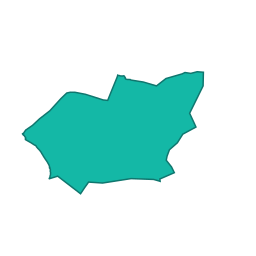 Naranbulag, Uvs, Mongolia (Natural Earth projection), rotated 237°
{"feature_id": "93677404B35276853556349", "entity_name": "Naranbulag", "entity_type": "district", "adm_level": 2, "iso_a3": "MNG", "parent_name": "Mongolia", "parent_adm1": "Uvs", "projection": "natural_earth1", "projection_center": [92.704, 49.464], "detail": "fine", "context": "isolated", "style": "filled", "palette": "teal", "viewbox_px": 256, "rotation_deg": 237, "n_neighbors": 0, "source": "geoboundaries", "source_scale": "gbopen_adm2", "svg_char_len": 2244}
<svg xmlns="http://www.w3.org/2000/svg" viewBox="0 0 256 256"><g transform="rotate(237 128 128)"><path d="M128.3,34.4L125.9,42.8L98.7,52.4L101.5,58.9L104.1,65.5L95.7,76.7L83.9,103.0L70.9,121.5L66.4,125.4L65.8,125.9L67.9,126.9L65.3,142.5L71.6,143.3L80.1,142.5L83.1,145.4L87.2,150.9L88.7,161.3L93.0,170.6L91.8,185.5L97.0,186.3L106.8,187.7L122.4,213.9L133.7,221.6L137.5,216.7L139.6,210.4L143.5,206.0L143.9,202.9L148.8,186.8L147.8,174.8L158.2,165.9L166.5,156.7L167.1,156.4L167.3,156.3L167.5,156.2L167.8,155.7L168.4,154.9L168.9,154.1L169.5,153.4L169.8,153.2L170.5,152.7L170.9,152.7L171.1,152.7L171.2,152.8L171.3,152.9L171.5,153.1L171.9,153.1L172.0,153.0L172.3,153.0L172.5,153.0L172.8,153.1L173.0,153.2L173.4,153.2L173.5,153.1L173.9,153.0L174.0,152.9L174.2,152.7L174.3,152.4L174.4,152.2L174.7,151.5L174.9,151.3L175.6,150.2L176.9,149.1L177.2,148.7L177.5,148.4L177.9,148.2L176.5,146.5L167.4,133.4L162.2,126.0L165.0,122.5L179.5,110.6L186.8,103.0L189.4,99.1L190.7,95.7L189.2,87.8L185.0,71.8L183.9,58.9L182.2,49.3L182.0,41.1L181.1,38.9L180.4,37.4L180.5,37.2L180.6,36.9L180.5,36.7L180.6,36.4L180.4,36.3L180.2,36.4L180.1,36.5L180.0,36.4L179.9,36.4L179.6,36.4L179.4,36.4L179.2,36.4L179.2,36.5L178.9,36.7L178.8,36.8L178.6,36.8L177.4,36.8L175.5,36.8L175.1,36.6L174.8,36.4L174.9,36.2L174.7,36.0L174.7,35.9L174.1,35.7L172.7,36.4L170.2,37.7L168.3,38.7L166.4,39.5L165.8,39.8L165.3,40.0L164.7,40.3L164.2,40.6L163.7,41.0L162.6,41.1L162.0,41.0L161.4,41.1L160.6,41.2L160.2,41.2L158.9,41.5L158.2,41.6L157.4,41.8L156.7,41.8L155.8,41.9L155.1,41.9L154.5,41.9L153.7,41.8L153.1,41.8L151.1,41.8L150.6,41.7L149.9,41.7L149.0,41.7L148.4,41.7L148.0,41.8L147.5,41.7L146.6,41.7L144.7,41.8L143.4,41.8L143.0,41.8L142.6,41.7L142.2,41.7L141.7,41.7L141.4,41.7L140.9,41.6L140.4,41.6L139.8,41.5L139.2,41.4L138.9,41.3L138.6,41.2L138.4,41.1L138.1,41.0L138.0,40.9L137.8,40.7L137.3,40.5L137.1,40.4L137.0,40.5L136.9,40.7L136.7,40.6L136.3,40.5L135.8,40.3L135.5,40.2L135.3,40.2L135.2,40.1L134.9,40.0L134.7,39.7L134.3,39.3L134.0,39.2L133.7,39.1L133.3,39.0L133.0,38.8L132.6,38.7L132.3,38.5L132.0,38.2L131.8,38.0L131.4,37.8L131.1,37.6L130.7,37.2L130.4,36.7L129.6,36.0L129.3,35.8L129.1,35.5L128.9,35.2L128.7,34.6L128.5,34.4L128.3,34.4Z" fill="#14b8a6" stroke="#0f766e" stroke-width="1.5"/></g></svg>